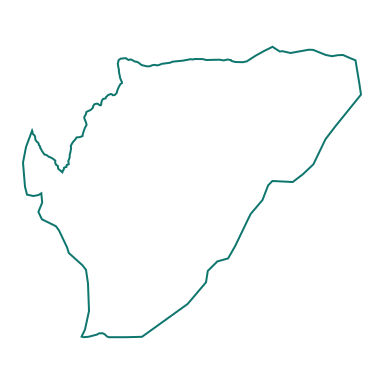 Yelimane, Kayes, Mali (Mercator projection)
{"feature_id": "8926073B99329075829336", "entity_name": "Yelimane", "entity_type": "district", "adm_level": 2, "iso_a3": "MLI", "parent_name": "Mali", "parent_adm1": "Kayes", "projection": "mercator", "projection_center": [-10.704, 15.046], "detail": "fine", "context": "isolated", "style": "outline", "palette": "teal", "viewbox_px": 384, "rotation_deg": 0, "n_neighbors": 0, "source": "geoboundaries", "source_scale": "gbopen_adm2", "svg_char_len": 2706}
<svg xmlns="http://www.w3.org/2000/svg" viewBox="0 0 384 384"><path d="M142.0,336.8L187.7,303.9L206.0,282.3L207.8,270.9L217.4,261.4L228.1,258.4L235.3,245.8L247.5,220.4L250.7,213.9L262.5,200.0L268.1,185.4L272.4,181.0L292.7,182.0L302.6,174.5L313.4,164.3L325.5,139.2L335.7,125.9L361.0,94.6L359.8,86.7L359.4,83.9L355.5,60.3L350.1,58.1L343.0,55.0L337.7,55.2L332.1,56.2L325.9,55.0L313.2,49.9L308.9,49.7L290.5,53.0L282.6,51.2L279.8,51.5L276.3,49.3L272.5,46.8L264.3,50.9L256.1,55.4L246.7,61.4L245.7,61.6L242.9,62.2L235.4,62.0L231.6,61.0L231.1,60.2L227.7,59.5L223.6,60.4L219.7,59.7L206.3,60.0L202.8,59.1L194.7,59.0L193.0,59.5L190.5,59.2L183.1,60.6L178.3,61.1L178.2,61.1L172.5,61.7L170.2,62.7L165.2,63.4L164.2,63.5L161.6,63.9L159.8,64.7L157.3,65.4L154.8,64.9L152.2,65.2L152.0,65.3L150.1,66.2L148.8,66.3L147.1,66.4L141.5,65.0L139.4,63.3L137.5,62.0L136.4,61.8L134.7,61.5L132.6,60.2L130.5,59.4L128.6,60.0L127.7,59.5L125.9,58.2L122.7,58.4L120.5,58.7L118.6,60.2L118.3,61.7L117.9,63.1L117.8,63.6L118.5,68.1L118.9,69.4L118.9,71.2L118.9,71.6L120.2,78.2L120.6,79.2L121.9,82.1L122.0,83.0L121.5,83.4L120.3,84.3L119.2,86.2L117.9,89.0L117.4,90.3L117.0,91.8L116.7,92.9L115.3,94.6L114.2,95.1L113.9,95.1L112.8,95.2L111.9,94.3L110.7,94.0L108.1,95.1L106.0,97.1L105.9,97.5L105.6,98.4L104.6,98.6L103.2,98.9L102.1,100.2L101.3,102.7L101.2,104.4L100.7,105.3L99.4,105.1L98.1,104.0L97.1,103.6L94.5,104.2L93.3,105.8L92.8,107.9L90.9,109.8L88.4,111.0L86.5,111.8L85.7,114.6L84.3,116.9L84.4,118.6L85.6,121.4L85.8,121.8L86.5,124.4L86.5,125.2L86.3,125.4L84.9,127.9L83.9,130.6L82.7,134.5L82.7,135.2L82.6,136.0L81.4,136.5L79.8,137.1L77.4,137.4L76.6,137.4L75.1,139.7L75.0,139.8L73.4,141.5L71.9,143.7L70.8,146.0L71.1,148.2L70.4,152.3L69.7,154.9L69.7,157.4L68.8,159.9L68.3,161.0L68.5,162.2L68.7,164.3L68.4,164.4L67.3,164.8L66.7,165.0L66.5,166.1L66.4,166.5L66.4,167.0L66.1,167.1L64.8,167.3L64.0,167.8L63.8,169.4L63.2,170.3L62.6,170.7L62.6,171.8L62.4,172.3L60.0,170.3L58.2,168.7L57.9,166.7L57.7,165.7L56.5,165.1L56.2,164.9L56.1,164.7L55.7,163.9L55.2,162.9L55.3,160.6L52.4,158.4L50.6,157.4L49.0,156.9L47.0,155.4L46.8,155.2L45.5,154.7L44.5,154.6L41.5,150.3L41.1,149.0L40.2,148.0L40.2,146.9L39.6,145.8L39.0,145.2L38.6,143.6L38.2,142.8L36.8,141.7L35.5,139.9L35.2,138.6L35.2,137.5L35.1,136.6L34.4,135.4L33.3,134.3L32.7,133.8L32.6,133.2L32.5,131.7L32.1,130.6L31.7,131.7L26.0,147.0L23.0,162.6L25.0,186.7L27.0,194.6L33.2,196.0L38.4,195.1L41.3,193.3L42.2,202.6L38.4,211.9L41.9,219.3L55.9,226.2L59.1,230.6L67.0,247.3L68.8,253.0L82.4,265.2L86.0,269.9L88.0,283.5L89.0,311.0L85.0,329.5L81.6,336.6L83.5,337.2L88.4,336.8L96.9,334.6L99.0,333.4L102.3,333.2L104.6,334.2L107.2,336.6L109.0,337.2L126.0,337.2L142.0,336.8Z" fill="none" stroke="#0f766e" stroke-width="2"/></svg>